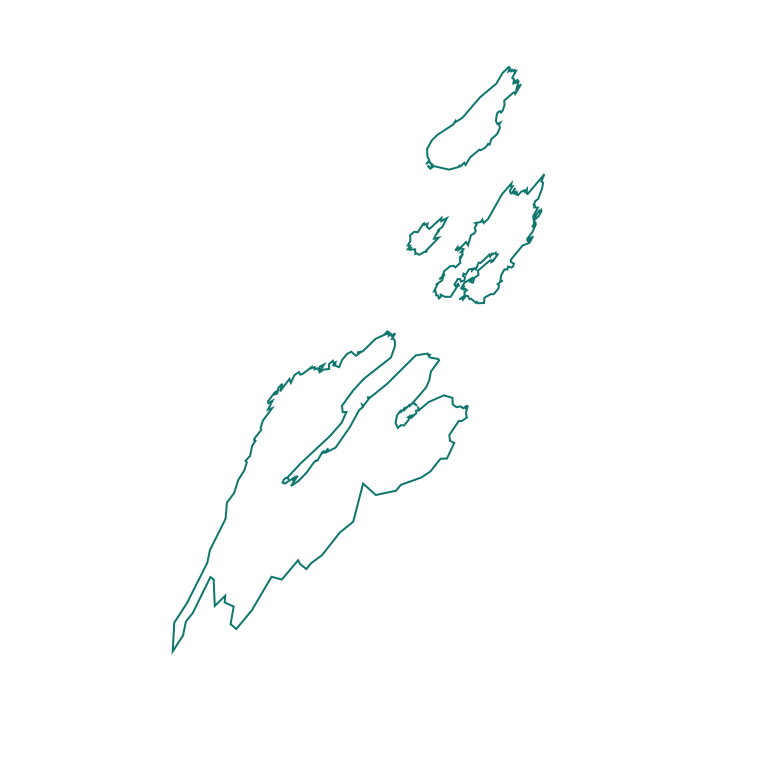 the district of Sande nor, Møre og Romsdal, Norway, rotated 120°
{"feature_id": "86288312B47484772904149", "entity_name": "Sande nor", "entity_type": "district", "adm_level": 2, "iso_a3": "NOR", "parent_name": "Norway", "parent_adm1": "Møre og Romsdal", "projection": "equal_earth", "projection_center": [5.514, 62.239], "detail": "fine", "context": "isolated", "style": "outline", "palette": "teal", "viewbox_px": 768, "rotation_deg": 120, "n_neighbors": 0, "source": "geoboundaries", "source_scale": "gbopen_adm2", "svg_char_len": 6134}
<svg xmlns="http://www.w3.org/2000/svg" viewBox="0 0 768 768"><g transform="rotate(120 384 384)"><path d="M371.5,295.5L368.2,298.6L360.7,300.6L365.1,300.9L362.5,301.8L365.5,303.5L365.0,306.2L367.8,309.6L367.4,314.2L361.8,317.9L363.9,326.5L377.3,336.3L389.2,340.6L386.6,343.3L389.4,340.9L391.1,342.9L393.1,341.4L400.8,343.9L397.0,343.8L398.3,345.4L399.7,346.0L398.9,344.8L401.4,345.4L400.6,346.1L402.4,344.7L409.9,345.9L411.2,348.8L415.1,350.1L412.1,354.4L404.9,357.0L400.2,356.6L400.0,355.4L399.1,355.0L399.7,355.5L398.6,356.1L397.1,353.7L395.3,354.6L393.8,353.6L394.7,353.0L389.3,351.4L390.0,350.6L385.7,349.7L386.4,344.4L385.2,349.5L366.0,345.8L358.0,346.7L349.8,349.6L336.0,348.1L335.2,349.4L337.9,356.9L337.8,358.7L335.8,359.0L336.8,360.2L335.8,361.5L343.3,370.8L381.7,381.2L402.9,389.3L402.7,390.0L404.2,392.0L403.3,389.6L413.2,390.9L412.9,392.5L414.5,390.8L419.1,392.5L437.8,392.0L463.3,394.1L471.3,399.3L467.6,400.1L473.9,401.2L471.9,401.1L473.8,402.2L471.6,402.4L474.3,403.4L483.6,403.3L484.5,404.3L483.4,404.4L486.9,405.5L499.3,406.7L510.5,409.5L518.8,413.5L506.5,412.9L513.8,414.3L510.0,415.1L519.8,420.1L520.1,422.5L516.8,422.9L514.2,422.0L513.9,419.5L512.9,420.8L494.5,416.5L456.2,404.8L438.8,401.3L427.1,402.5L429.0,405.7L423.9,409.5L405.1,407.5L389.3,404.0L357.6,391.2L345.6,393.5L341.1,396.3L340.0,398.4L340.9,399.7L334.5,399.6L338.5,401.7L337.3,403.0L339.6,404.0L337.5,404.8L339.0,406.3L336.7,406.1L336.7,407.4L341.8,408.6L348.8,413.8L366.2,418.7L370.1,423.1L369.0,420.4L373.6,422.4L372.4,428.5L376.5,431.1L384.1,432.3L391.9,431.3L392.5,435.5L391.2,436.1L394.0,437.4L389.7,437.1L391.0,438.2L389.5,439.9L394.5,441.6L398.4,439.0L401.7,443.5L406.8,446.0L397.1,445.7L401.1,448.3L404.5,447.6L403.8,449.6L406.0,451.4L404.0,452.5L406.9,455.0L405.8,455.3L416.2,459.6L417.7,461.2L416.2,463.6L421.1,466.0L429.5,465.3L426.9,468.4L442.4,470.3L434.6,472.1L440.0,473.5L445.7,471.7L446.7,472.6L445.3,472.9L446.4,473.3L444.9,473.8L446.0,474.4L457.1,475.8L458.4,474.5L454.3,472.2L464.2,471.7L460.9,468.8L476.3,470.6L483.9,468.8L485.0,467.3L496.4,469.0L498.1,467.8L496.5,466.9L503.6,467.2L513.4,464.0L519.7,465.6L520.3,463.7L528.4,461.8L539.9,462.2L553.4,459.3L565.3,460.7L580.0,453.8L614.8,451.7L627.3,447.6L672.3,445.1L695.6,446.3L721.2,433.3L702.4,432.3L688.7,436.8L678.0,435.1L638.0,437.8L638.4,433.8L660.8,419.6L646.8,415.7L652.8,412.8L651.9,402.9L668.7,396.8L670.0,389.4L645.9,385.3L607.2,385.0L604.4,374.7L579.6,370.3L581.9,366.5L583.1,358.7L576.2,357.7L563.1,352.1L534.7,348.0L518.7,341.8L480.7,352.3L484.2,335.6L470.4,320.2L462.9,319.0L446.4,305.0L436.7,300.1L420.5,297.7L417.0,292.2L399.9,293.7L400.2,298.4L395.6,301.9L378.8,300.8L377.1,298.1L371.5,295.5ZM189.1,328.6L181.3,328.8L189.3,330.3L183.4,330.2L188.6,332.1L184.4,331.7L187.1,332.6L178.1,331.4L168.8,332.5L174.2,334.2L167.4,333.6L170.2,334.4L166.7,335.8L161.4,333.9L155.4,334.1L154.7,335.0L156.8,335.1L154.8,335.7L158.2,336.0L156.0,336.3L166.4,336.9L164.3,338.6L154.3,338.9L156.0,342.3L153.8,342.7L154.1,343.9L149.7,344.4L146.9,343.0L135.8,344.8L130.2,346.8L130.0,349.0L122.1,350.0L147.7,354.6L147.7,355.7L143.7,357.7L147.1,358.1L146.2,359.5L149.1,361.4L153.4,362.3L153.7,364.1L151.9,364.5L153.4,365.8L151.8,366.1L154.3,368.0L148.6,368.4L153.9,368.6L155.2,370.1L153.3,371.8L148.3,371.4L149.2,373.0L146.6,373.9L160.7,376.7L189.3,376.4L194.8,378.2L192.5,380.9L195.5,381.3L199.0,385.5L199.4,383.6L203.7,383.4L205.4,381.2L208.4,381.0L211.6,383.1L221.8,380.6L220.0,384.0L226.8,385.6L229.8,388.1L228.8,388.7L232.7,389.1L228.8,386.6L230.2,386.3L228.0,385.4L227.5,382.5L231.1,383.3L230.1,382.2L233.4,380.8L237.3,382.0L234.7,380.6L238.1,380.5L241.1,378.5L247.3,380.5L246.7,382.7L249.1,385.7L256.5,388.4L258.5,387.8L257.5,387.2L261.2,387.9L258.6,386.1L265.7,388.5L261.3,386.3L265.4,385.5L272.2,388.8L271.0,387.5L278.6,387.0L277.6,386.1L281.1,383.0L280.3,381.5L282.4,379.3L280.1,378.4L278.2,379.5L278.1,375.0L275.2,369.9L261.3,369.3L262.0,367.7L260.2,369.8L263.5,370.9L262.7,372.7L256.1,372.6L255.1,370.3L256.9,368.6L254.2,366.2L251.1,367.1L250.8,369.7L248.6,370.3L248.4,367.8L242.4,367.8L240.3,365.4L241.8,364.5L238.2,363.4L238.8,361.7L231.5,362.7L231.1,361.0L219.1,357.3L220.6,355.7L216.2,355.6L217.7,355.0L214.4,352.8L215.7,351.8L215.0,350.3L223.4,351.1L224.7,352.0L223.1,352.9L224.5,354.2L238.9,359.3L242.3,356.8L247.1,358.8L251.8,357.7L252.4,360.6L246.9,359.9L256.2,365.0L260.9,365.0L258.4,363.4L263.2,364.6L261.8,363.3L262.3,362.0L260.9,361.6L261.3,359.1L264.2,360.3L266.9,358.3L273.0,361.1L270.2,358.8L271.4,357.8L266.9,357.1L265.8,355.6L267.7,352.4L266.6,351.2L267.8,344.8L266.4,344.5L267.0,342.8L263.8,337.9L259.0,340.2L252.6,336.3L251.4,333.9L244.0,332.6L240.9,333.9L240.7,335.5L235.1,333.0L236.7,334.8L231.1,336.9L224.5,337.0L223.2,334.4L220.3,335.3L219.4,331.8L217.5,331.0L214.8,331.7L214.9,335.0L213.2,336.3L194.6,333.2L189.1,328.6ZM67.1,415.4L55.9,415.2L61.6,416.9L55.2,418.6L56.7,420.0L54.3,419.7L56.7,420.3L53.2,420.1L57.5,421.8L55.0,422.2L57.5,422.8L55.0,423.8L54.8,426.0L47.0,426.2L48.2,427.3L46.8,428.0L49.4,430.0L48.1,430.6L51.0,432.5L47.2,433.1L47.0,434.4L55.2,436.8L67.6,436.9L87.4,444.1L114.2,449.2L121.2,452.9L120.5,453.6L124.7,453.8L141.2,462.2L149.0,464.4L158.9,464.2L165.3,460.1L167.7,456.6L172.6,457.4L168.9,456.6L170.5,455.9L168.7,455.9L169.8,452.7L170.9,452.7L169.4,452.4L172.0,452.2L169.8,451.8L170.4,450.6L173.8,451.3L173.1,455.5L174.4,451.6L170.4,449.7L165.8,434.8L158.7,427.8L156.9,427.6L157.1,426.5L152.3,425.1L153.5,422.9L144.5,422.7L133.3,418.5L133.2,417.1L128.2,414.3L124.0,413.9L123.9,412.2L118.1,413.5L111.1,411.0L104.2,411.7L101.8,414.0L99.6,414.0L102.2,415.6L100.3,418.6L93.6,421.3L91.0,421.0L89.7,419.8L90.4,418.4L88.2,417.9L82.0,419.1L78.4,421.6L67.1,417.7L66.0,416.6L67.1,415.4ZM247.9,414.3L229.9,409.8L233.1,413.3L229.2,413.7L222.9,412.9L224.2,413.8L223.2,413.9L218.9,412.0L209.0,412.5L214.3,415.8L211.4,417.2L227.0,422.2L226.4,425.4L223.3,426.4L226.0,428.5L224.8,429.6L225.6,430.1L235.7,430.6L237.0,433.9L242.3,435.8L246.7,432.7L252.1,432.7L251.1,430.5L255.1,430.7L252.9,428.7L254.7,428.6L251.8,424.4L255.7,421.9L254.5,421.3L254.5,418.1L248.9,414.7L248.1,412.7L247.9,414.3Z" fill="none" stroke="#0f766e" stroke-width="2"/></g></svg>